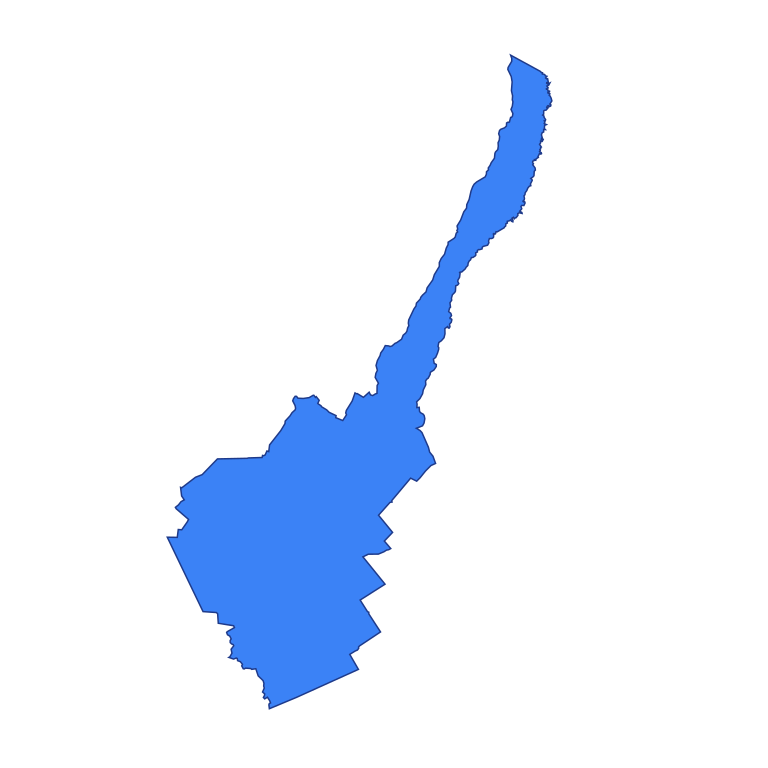 Movilita, Vrancea, Romania, rotated 71°
{"feature_id": "2599482B70514991370639", "entity_name": "Movilita", "entity_type": "district", "adm_level": 2, "iso_a3": "ROU", "parent_name": "Romania", "parent_adm1": "Vrancea", "projection": "albers", "projection_center": [27.063, 45.987], "detail": "fine", "context": "isolated", "style": "filled", "palette": "blue", "viewbox_px": 768, "rotation_deg": 71, "n_neighbors": 0, "source": "geoboundaries", "source_scale": "gbopen_adm2", "svg_char_len": 6170}
<svg xmlns="http://www.w3.org/2000/svg" viewBox="0 0 768 768"><g transform="rotate(71 384 384)"><path d="M541.8,431.2L532.6,434.8L527.1,424.2L506.3,431.9L497.9,416.9L498.2,414.8L497.0,414.8L496.4,414.0L481.7,389.5L486.5,384.7L484.4,380.4L479.8,373.1L476.4,366.2L475.9,361.1L468.2,361.2L463.3,363.0L458.3,362.6L442.3,363.9L439.8,365.0L436.4,367.8L436.1,361.2L433.9,358.8L430.1,356.7L427.0,356.3L425.4,356.7L423.0,358.8L421.4,359.3L417.5,358.3L417.0,360.6L413.9,359.3L411.5,359.0L409.5,354.8L405.8,350.7L402.4,348.8L398.3,344.7L394.6,343.7L393.2,341.6L392.9,340.3L389.9,337.2L388.4,336.6L387.9,335.9L387.0,332.2L384.5,328.9L382.6,328.2L380.8,329.8L376.6,329.2L375.7,326.5L372.3,323.4L369.0,321.0L367.4,320.4L366.1,320.7L362.6,318.7L361.8,315.7L359.8,312.2L356.4,310.0L351.4,308.4L350.4,305.1L351.9,305.0L352.4,304.3L351.4,303.0L348.8,302.6L347.5,300.3L345.3,298.9L344.5,299.0L343.8,300.2L343.0,300.2L341.3,297.9L339.0,297.8L336.6,299.3L333.5,297.2L333.0,296.1L328.7,295.2L326.8,292.7L324.8,292.3L321.9,290.3L320.4,287.2L319.4,286.2L314.5,284.2L314.4,282.2L313.4,280.6L311.1,280.9L309.8,280.2L307.7,277.8L304.1,276.0L303.2,276.2L303.0,275.7L303.4,274.0L301.5,269.5L300.5,268.6L299.3,266.2L296.8,264.9L295.3,263.2L294.8,261.8L292.9,260.2L293.3,258.7L292.6,256.0L292.0,255.2L289.8,254.6L289.6,252.7L288.1,252.2L287.7,250.6L288.1,250.0L288.2,247.3L286.7,246.6L286.2,245.3L286.5,240.9L284.6,238.8L282.8,238.6L280.8,237.0L281.5,234.8L281.4,233.5L280.8,232.6L278.4,231.6L277.8,231.8L277.5,231.1L278.3,230.4L278.3,229.7L276.5,228.5L277.0,227.4L275.4,219.5L274.8,219.0L274.3,217.6L272.1,216.5L272.0,215.0L270.3,214.5L270.5,212.3L270.0,210.6L271.6,210.5L272.6,209.4L271.5,208.8L268.9,209.0L268.5,207.4L270.2,207.0L269.6,205.8L269.8,205.0L268.2,202.5L266.4,202.0L266.2,200.3L267.7,197.9L266.7,197.8L264.8,199.4L263.2,196.7L260.7,196.7L260.0,195.6L260.8,193.6L258.8,191.7L257.6,191.6L257.2,191.9L257.2,192.9L256.4,193.1L255.5,191.5L254.4,190.8L251.7,190.4L250.9,189.1L249.1,188.2L247.6,186.0L245.7,184.4L244.3,182.2L244.3,180.6L242.5,180.4L239.8,177.6L238.8,177.5L237.4,178.3L236.6,175.5L235.9,174.4L231.8,172.7L231.0,171.2L228.9,170.8L225.1,172.0L224.4,171.0L223.1,171.4L221.8,170.9L221.6,169.2L220.8,168.8L221.1,168.0L221.6,168.2L221.9,167.7L220.6,166.8L220.0,164.3L219.3,164.5L216.7,161.9L217.7,160.9L217.5,160.1L216.5,160.0L214.8,161.2L214.1,160.2L213.0,160.3L212.6,159.3L211.4,158.9L211.2,158.1L208.0,158.9L206.9,157.3L205.3,156.9L205.3,156.4L206.1,155.4L204.6,153.8L203.9,154.1L204.0,155.6L202.9,155.0L202.7,154.2L199.6,154.0L197.8,152.5L197.7,151.0L195.4,150.2L196.0,148.6L194.6,149.2L191.7,147.9L191.6,146.0L189.9,147.7L188.8,146.7L187.3,146.7L187.7,145.9L186.7,145.1L184.0,145.8L182.7,145.5L181.4,146.4L180.9,145.2L177.8,144.1L177.5,143.4L177.8,141.5L176.4,139.1L176.1,139.1L176.0,140.0L175.4,140.1L174.4,139.0L174.2,138.3L174.6,137.6L175.6,137.9L175.5,136.0L174.5,135.3L173.3,136.0L171.0,133.1L168.1,132.9L165.7,133.2L164.9,133.8L163.6,132.7L162.4,134.2L161.9,134.2L161.7,132.5L161.1,132.1L160.6,132.6L160.6,133.6L158.6,133.3L158.2,134.4L157.8,134.4L157.4,132.4L155.3,133.0L155.1,131.0L153.4,129.2L153.7,131.5L152.6,132.3L152.0,132.0L152.2,130.4L148.6,129.9L148.5,130.8L147.2,131.6L146.1,129.8L145.2,131.1L144.3,131.1L143.2,131.9L142.5,133.3L141.3,132.8L140.8,133.7L139.3,134.4L114.3,157.2L117.7,157.2L120.5,158.2L125.1,163.6L126.9,164.5L134.7,163.6L140.1,164.5L148.1,168.0L153.4,168.6L157.1,170.2L159.1,170.2L163.2,172.3L165.7,174.5L170.2,174.1L172.5,175.3L173.4,176.6L173.2,177.5L177.1,180.1L177.3,180.8L176.8,181.5L177.1,183.1L180.0,184.3L181.0,186.6L181.2,190.8L181.9,192.2L184.7,194.1L187.6,194.1L190.9,195.6L193.0,197.6L196.3,198.5L199.4,200.1L200.9,203.0L202.0,204.0L206.5,206.1L209.7,210.6L211.8,212.5L213.7,215.1L215.5,215.5L216.7,218.0L219.0,218.9L221.1,220.9L223.1,230.5L224.4,233.7L226.2,235.8L229.9,238.9L237.2,243.4L241.3,247.3L244.6,248.7L247.2,252.5L254.0,258.2L258.4,263.5L261.6,263.9L262.5,265.1L264.2,264.9L264.9,266.6L268.2,268.8L269.1,270.4L270.8,277.2L273.0,278.0L275.8,280.9L281.0,284.5L284.0,289.1L287.2,292.2L290.8,293.4L297.0,300.8L301.5,304.1L307.1,311.9L310.6,314.3L312.5,318.6L314.0,321.0L315.5,322.1L318.1,327.0L320.7,328.4L322.8,331.3L331.5,339.8L334.4,341.2L337.0,341.6L338.7,343.4L341.6,345.2L342.9,346.9L344.1,350.0L347.4,352.8L349.1,358.7L349.1,360.2L350.7,364.2L350.5,366.2L349.6,367.0L348.1,370.3L351.0,373.3L353.6,377.0L355.8,378.4L359.7,382.6L363.9,385.5L368.9,385.8L371.3,388.2L374.9,390.2L381.4,389.0L383.2,391.0L390.6,393.7L390.6,395.6L391.3,398.4L389.9,400.3L386.9,400.7L389.9,407.8L384.4,412.4L384.2,413.3L383.0,414.3L389.7,419.6L396.7,428.2L398.9,429.6L400.9,429.5L405.1,434.9L400.1,440.6L398.3,439.6L392.9,445.1L389.8,446.6L385.1,450.5L384.1,450.6L381.3,452.7L380.8,452.9L378.3,450.6L373.9,452.2L374.3,453.2L371.8,454.0L371.6,454.7L372.5,459.2L371.4,465.0L369.4,470.0L367.2,470.7L366.7,472.0L368.3,474.3L370.2,475.8L375.5,475.1L378.2,475.5L379.5,476.4L381.2,480.3L383.5,483.2L386.9,489.5L389.2,490.5L394.5,496.8L404.3,512.0L410.4,515.0L409.2,516.5L412.4,519.5L412.6,521.3L412.0,522.1L413.8,523.2L409.7,536.5L409.8,537.3L400.6,565.9L410.5,585.4L410.8,592.6L416.3,609.0L415.5,610.0L424.0,611.8L428.5,610.6L429.2,614.3L431.4,617.7L432.7,621.4L434.3,621.1L448.4,612.9L450.4,615.0L456.0,622.7L454.6,625.9L461.7,629.4L458.3,638.8L540.3,629.2L545.5,616.9L547.1,616.1L556.3,618.6L563.6,604.9L565.6,604.7L567.1,612.8L567.7,613.7L570.2,613.6L572.1,611.9L575.3,611.5L576.5,613.0L578.4,613.6L580.2,612.7L581.3,611.4L582.6,611.3L585.0,614.9L589.0,615.4L591.8,618.6L592.0,619.7L595.1,615.8L595.0,612.9L595.8,612.1L597.9,612.5L599.8,610.2L603.0,609.1L604.2,610.3L607.4,609.8L607.9,608.9L607.6,607.4L609.6,602.7L610.7,602.0L611.5,597.9L619.0,598.0L625.1,594.9L628.0,595.0L630.4,596.1L632.5,596.2L635.7,599.1L638.2,597.7L639.9,598.7L641.1,600.1L642.9,599.3L642.2,596.2L646.2,595.2L648.6,595.1L648.8,596.5L649.9,597.3L653.7,598.1L651.8,568.6L645.5,501.1L628.5,504.4L627.1,498.2L626.9,495.7L625.7,494.0L624.4,493.7L623.7,492.5L617.3,468.0L596.5,473.2L594.8,472.7L593.9,473.7L580.5,476.9L573.6,448.2L540.6,460.2L539.8,454.3L543.0,444.7L542.6,438.6L541.9,435.8L542.2,433.5L541.8,431.2Z" fill="#3b82f6" stroke="#1e3a8a" stroke-width="1.5"/></g></svg>